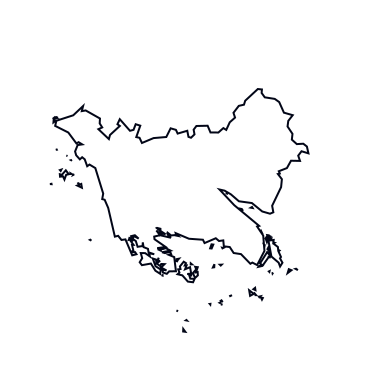 the district of Livingstone, Queensland, Australia, rotated 154°
{"feature_id": "25037944B91391383703186", "entity_name": "Livingstone", "entity_type": "district", "adm_level": 2, "iso_a3": "AUS", "parent_name": "Australia", "parent_adm1": "Queensland", "projection": "albers", "projection_center": [150.606, -22.725], "detail": "fine", "context": "isolated", "style": "outline", "palette": "ink", "viewbox_px": 384, "rotation_deg": 154, "n_neighbors": 0, "source": "geoboundaries", "source_scale": "gbopen_adm2", "svg_char_len": 6108}
<svg xmlns="http://www.w3.org/2000/svg" viewBox="0 0 384 384"><g transform="rotate(154 192 192)"><path d="M112.2,248.9L120.0,245.0L120.7,240.0L127.5,238.1L134.0,232.8L135.8,235.7L142.2,233.9L149.3,237.4L148.9,244.7L159.1,249.4L163.2,247.3L164.5,242.7L169.1,241.2L171.0,243.1L169.4,249.1L179.3,250.8L179.2,254.9L183.3,258.6L191.0,252.7L202.9,257.3L215.5,258.0L215.4,263.7L218.0,265.8L209.4,274.3L212.9,277.6L217.3,273.5L220.9,274.2L225.0,289.1L229.3,285.6L227.9,283.0L240.7,279.2L243.5,276.0L248.6,289.5L244.4,289.4L244.9,294.1L242.5,298.4L251.8,311.9L255.6,313.0L252.2,317.0L265.1,313.0L282.7,315.5L286.0,311.4L277.1,299.7L274.6,286.3L272.1,286.5L269.8,282.9L274.2,284.3L279.3,279.7L280.0,275.8L278.5,270.5L275.5,271.4L274.1,268.4L274.9,261.1L272.1,261.6L268.4,255.9L272.5,229.5L275.8,225.0L273.9,223.3L274.3,214.4L280.9,185.7L277.6,185.0L276.4,179.8L272.6,178.6L273.5,161.3L269.2,160.4L269.5,162.9L272.1,164.1L272.1,165.0L270.4,164.9L269.1,170.8L267.7,170.1L268.8,175.9L266.8,176.2L268.4,177.8L268.9,176.5L269.8,176.7L268.3,178.1L266.5,176.2L266.1,179.0L262.3,178.2L260.4,173.5L263.4,177.7L265.9,176.1L264.0,172.5L264.9,166.6L260.1,165.1L258.3,168.3L259.7,163.7L256.5,160.2L257.5,156.8L253.2,152.6L257.5,155.8L258.1,152.5L260.9,157.6L264.8,159.6L265.8,154.3L269.8,151.8L269.1,148.2L260.3,145.7L259.4,137.3L256.5,132.5L254.1,136.0L257.3,141.3L256.4,149.4L254.0,147.1L254.8,144.4L250.7,147.5L253.5,144.7L250.8,144.2L255.1,143.2L253.1,139.5L251.2,140.8L248.3,139.2L252.9,137.7L249.3,132.7L252.6,135.2L253.4,132.3L250.5,129.5L247.3,130.7L241.2,127.8L236.5,141.3L240.4,145.7L238.0,145.2L237.8,147.7L243.2,149.0L245.3,151.0L237.0,148.8L240.3,153.1L243.3,153.5L244.8,154.4L245.7,152.9L247.0,154.5L244.9,154.7L247.9,156.8L239.8,154.2L246.4,166.0L245.5,168.5L239.7,167.2L240.9,173.0L239.1,168.7L237.6,170.9L239.5,175.1L239.2,175.1L236.5,172.8L238.6,168.3L236.6,169.5L234.3,165.7L237.7,168.1L238.7,166.4L231.0,160.1L232.4,163.5L232.2,165.8L231.8,166.2L229.8,162.1L225.0,160.3L224.7,162.2L215.2,151.3L203.1,144.3L203.1,140.6L190.9,140.0L189.2,136.1L185.1,134.8L187.2,129.2L182.2,126.0L181.3,118.9L175.2,114.7L171.0,101.9L168.7,102.1L165.5,97.8L152.7,107.3L147.1,121.6L148.6,132.4L146.5,132.1L159.8,161.6L166.2,182.2L162.1,178.9L158.1,172.9L153.9,163.1L143.0,155.8L137.4,143.7L131.4,138.3L127.8,138.1L126.0,144.5L109.8,157.3L105.6,164.1L106.9,170.5L105.0,170.1L104.9,172.6L96.2,171.9L89.3,176.7L81.3,172.6L80.6,178.1L75.7,180.6L70.4,175.7L68.8,182.5L70.8,186.6L76.8,189.1L79.3,195.3L76.2,200.2L77.4,209.0L74.3,213.7L67.8,216.9L74.6,223.0L74.2,234.6L76.8,239.4L85.1,245.2L86.0,250.5L84.2,253.5L87.7,255.7L104.2,250.7L107.0,247.7L112.2,248.9ZM138.9,104.9L141.5,110.2L139.6,113.1L144.6,114.8L148.9,99.2L145.1,90.5L145.5,86.4L141.7,88.8L142.0,93.8L140.5,94.6L140.3,101.2L138.9,104.9ZM228.5,119.0L226.7,125.3L232.1,125.6L229.0,128.4L230.7,129.1L228.6,130.7L230.0,133.0L235.5,130.4L236.1,127.8L238.3,128.5L238.6,125.1L241.0,124.4L237.2,121.3L235.0,113.3L230.6,110.4L227.8,112.8L231.5,114.9L231.0,118.1L229.4,117.3L229.0,118.1L232.2,120.4L228.5,119.0ZM161.1,94.7L149.8,100.9L150.8,105.0L162.1,98.0L161.0,95.4L164.1,96.1L165.0,95.6L161.1,94.7ZM295.9,266.8L301.4,264.5L303.0,265.9L303.9,263.6L301.1,262.6L301.2,259.1L297.6,262.6L295.0,262.0L295.9,266.8ZM219.8,121.9L221.9,123.3L222.1,120.7L226.8,118.7L226.9,113.4L223.3,114.5L222.0,117.6L223.7,118.0L219.8,121.9ZM183.7,78.6L185.3,73.2L181.1,73.4L183.7,78.6ZM288.0,247.8L292.3,248.1L289.1,244.1L288.0,247.8ZM146.6,114.3L144.3,116.9L144.4,119.1L146.2,118.1L146.6,114.3ZM136.9,78.1L138.8,80.2L141.6,77.2L136.9,78.1ZM140.8,115.7L143.5,117.7L141.7,115.0L140.8,115.7ZM282.3,319.4L285.1,318.8L281.1,317.7L282.3,319.4ZM205.0,114.6L203.5,117.3L206.3,115.0L205.0,114.6ZM147.3,109.0L149.2,107.6L148.4,105.6L147.3,109.0ZM259.3,69.3L259.9,72.7L261.1,70.5L259.3,69.3ZM283.1,315.9L285.0,317.0L286.0,315.3L283.1,315.9ZM195.9,135.4L197.4,136.4L200.4,133.4L199.1,132.6L195.9,135.4ZM178.0,76.0L177.3,78.2L179.4,77.7L178.0,76.0ZM141.4,118.2L142.5,119.6L143.9,118.8L141.4,118.2ZM174.8,65.7L176.3,67.1L176.3,64.6L174.8,65.7ZM144.6,152.2L146.0,152.1L144.5,151.0L144.6,152.2ZM179.6,71.2L180.5,74.7L179.8,71.8L180.9,71.8L179.6,71.2ZM212.6,79.7L213.0,81.7L213.7,81.6L212.6,79.7ZM154.4,152.7L154.7,154.9L155.5,155.5L154.4,152.7ZM316.2,261.4L314.8,260.6L314.7,261.0L316.2,261.4ZM131.1,75.4L132.1,77.4L132.6,77.5L131.1,75.4ZM142.9,115.4L144.0,116.5L144.7,115.3L142.9,115.4ZM231.3,164.4L232.2,164.6L231.7,163.1L231.3,164.4ZM280.1,317.5L280.9,318.7L281.0,318.7L280.1,317.5ZM198.8,114.4L198.4,113.3L197.2,113.7L198.8,114.4ZM235.2,135.6L236.0,137.2L236.3,136.8L235.2,135.6ZM257.3,91.7L257.9,92.2L257.0,90.9L257.3,91.7ZM299.6,269.4L301.1,269.6L300.8,268.5L299.6,269.4ZM149.0,102.6L149.0,104.0L149.7,104.3L149.0,102.6ZM201.3,81.7L203.3,81.9L203.3,81.7L201.3,81.7ZM224.4,128.4L224.9,127.5L223.8,127.0L224.4,128.4ZM161.3,175.7L162.2,176.2L161.4,175.4L161.3,175.7ZM293.0,262.1L293.2,261.4L292.3,261.0L293.0,262.1ZM254.9,130.2L255.8,130.6L255.1,129.8L254.9,130.2ZM149.9,112.4L150.4,113.1L150.5,111.6L149.9,112.4ZM150.1,99.5L150.8,99.8L150.6,99.2L150.1,99.5ZM188.6,128.0L189.3,128.6L189.3,128.0L188.6,128.0ZM253.7,79.3L252.9,78.7L253.1,79.4L253.7,79.3ZM147.0,125.8L147.0,126.8L147.5,126.5L147.0,125.8ZM176.5,68.3L177.7,68.6L177.6,67.9L176.5,68.3ZM224.5,83.4L225.1,83.6L224.9,82.8L224.5,83.4ZM288.1,278.9L289.0,279.9L288.1,278.9ZM140.3,110.3L141.0,110.9L141.2,110.3L140.3,110.3ZM214.7,77.8L213.9,77.8L215.2,78.4L214.7,77.8ZM215.0,79.3L215.2,80.3L215.7,80.3L215.0,79.3ZM295.0,289.5L295.9,289.6L295.0,289.3L295.0,289.5ZM303.8,192.4L304.3,193.7L304.7,193.7L303.8,192.4ZM234.5,138.2L234.2,137.3L233.0,137.8L234.5,138.2ZM142.7,119.9L143.3,120.3L143.4,119.6L142.7,119.9ZM157.0,86.9L157.7,86.9L157.5,86.3L157.0,86.9ZM139.2,101.3L140.0,100.8L139.0,101.0L139.2,101.3ZM290.9,259.7L291.3,259.4L290.3,259.4L290.9,259.7ZM266.9,174.8L266.3,173.6L266.7,175.2L266.9,174.8ZM290.5,249.7L290.8,250.2L290.6,250.0L291.2,249.7L290.5,249.7ZM286.8,273.7L286.6,273.4L285.9,273.6L286.8,273.7ZM154.5,83.8L155.2,83.8L155.3,83.4L154.5,83.8ZM223.9,158.7L224.2,159.4L224.8,159.4L223.9,158.7Z" fill="none" stroke="#020617" stroke-width="2"/></g></svg>